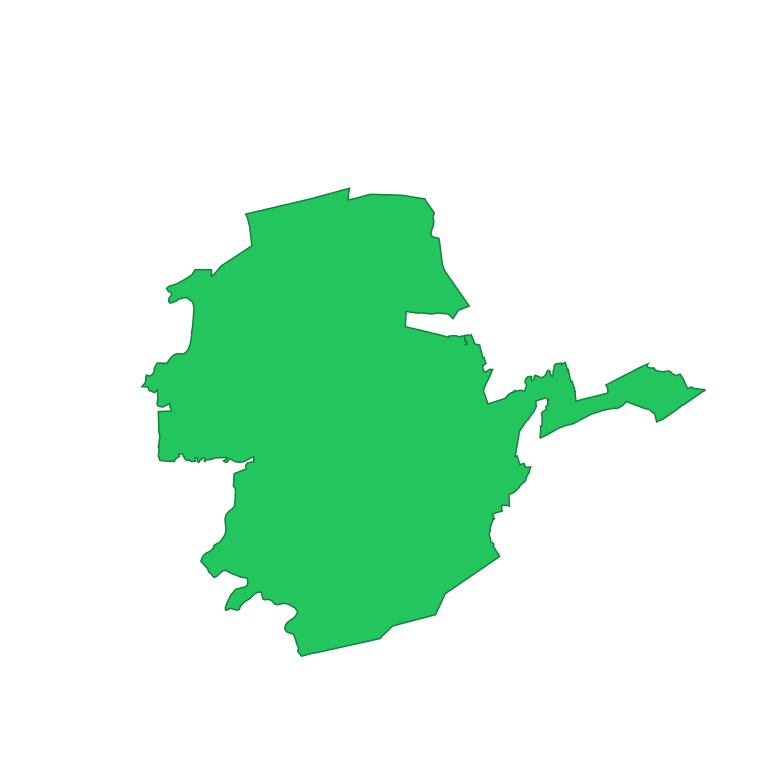 outline of Jojutla, Morelos, Mexico, rotated 55°
{"feature_id": "50627088B48455449727603", "entity_name": "Jojutla", "entity_type": "district", "adm_level": 2, "iso_a3": "MEX", "parent_name": "Mexico", "parent_adm1": "Morelos", "projection": "robinson", "projection_center": [-99.217, 18.6], "detail": "fine", "context": "isolated", "style": "filled", "palette": "green", "viewbox_px": 768, "rotation_deg": 55, "n_neighbors": 0, "source": "geoboundaries", "source_scale": "gbopen_adm2", "svg_char_len": 6170}
<svg xmlns="http://www.w3.org/2000/svg" viewBox="0 0 768 768"><g transform="rotate(55 384 384)"><path d="M571.5,182.4L572.9,175.1L572.9,162.0L572.6,153.3L572.2,153.0L572.4,151.8L572.9,151.2L573.0,125.7L573.5,125.2L573.1,124.5L572.0,124.9L570.2,127.6L568.7,128.7L566.0,132.3L565.0,133.0L563.4,133.3L562.6,134.5L561.8,138.0L551.1,135.9L545.7,135.8L545.1,137.9L545.1,139.4L541.6,141.7L537.8,142.4L537.0,143.0L536.0,144.1L533.9,148.7L532.0,150.5L530.5,152.4L527.6,154.1L526.3,153.3L525.1,154.5L524.4,155.9L521.9,158.2L519.6,158.1L518.9,156.2L517.2,165.3L512.1,202.8L516.4,203.3L516.5,203.9L519.3,205.3L519.7,206.2L509.9,231.7L508.3,236.7L500.4,232.3L499.9,231.6L499.6,232.1L496.7,230.4L489.6,228.5L489.7,228.8L488.9,229.5L478.2,224.9L478.4,225.9L470.3,223.1L470.1,223.4L469.9,227.5L469.2,227.3L468.7,226.8L466.2,231.2L466.2,232.8L466.9,234.3L468.1,235.0L470.9,238.5L473.5,240.2L474.2,241.4L473.7,241.9L471.9,242.1L468.5,240.7L466.9,241.5L467.2,243.2L468.9,246.0L469.6,247.7L469.7,249.5L468.5,252.1L466.9,252.8L463.4,255.4L466.5,259.3L466.1,261.3L465.4,261.1L462.7,258.8L461.4,260.1L460.6,262.3L460.6,263.4L461.8,266.0L463.7,267.6L466.6,267.7L470.3,272.8L469.8,273.9L467.8,275.2L466.9,276.8L465.8,280.0L465.5,279.7L464.5,280.2L464.4,282.8L464.9,282.7L464.1,285.1L464.0,288.5L465.0,291.6L465.2,293.2L460.1,310.2L447.4,306.7L446.0,306.0L443.7,302.6L436.9,290.4L436.5,290.1L434.4,286.7L432.8,288.7L432.5,293.2L431.8,294.6L431.2,294.8L427.4,294.0L425.7,292.6L426.1,292.3L425.6,291.7L425.7,288.7L420.0,286.8L419.6,288.1L407.0,283.3L403.1,286.8L402.6,286.4L394.6,284.5L394.8,284.7L392.4,286.4L390.5,290.2L395.8,292.5L396.8,291.7L399.0,292.9L398.2,295.7L398.9,293.4L396.9,292.2L395.9,293.1L390.5,290.7L388.1,295.7L386.0,297.1L384.2,299.4L382.0,303.5L382.7,304.4L377.0,309.1L349.2,333.7L337.4,324.2L345.9,315.1L346.8,312.9L353.7,305.3L356.8,299.1L363.4,291.3L370.0,290.0L366.3,280.7L369.1,269.5L325.5,269.3L319.6,267.6L300.5,257.5L296.1,255.5L292.5,258.9L289.6,260.2L287.3,258.9L284.6,255.7L282.9,253.1L278.9,249.5L277.3,249.3L274.8,247.5L272.8,244.7L257.5,244.7L256.2,244.1L239.7,261.0L220.8,286.3L214.6,303.3L213.1,306.8L212.5,307.7L208.0,304.1L203.9,299.9L190.2,338.0L165.5,399.8L169.7,400.6L178.5,404.0L195.0,413.0L193.9,449.5L197.4,463.1L196.0,462.7L195.3,463.1L195.2,462.2L191.4,459.8L182.0,473.0L184.2,478.2L184.4,483.3L183.1,496.3L180.7,503.5L180.9,507.2L184.4,507.6L186.4,506.3L188.6,506.3L189.0,506.7L190.4,510.9L192.6,512.9L194.8,513.0L195.8,511.2L196.8,506.9L196.9,504.1L197.4,501.6L198.4,498.8L200.0,496.1L207.3,493.7L212.7,496.0L227.1,507.8L231.5,512.2L233.3,513.2L239.3,519.0L242.9,523.7L243.5,525.0L244.5,528.5L244.0,532.4L242.7,532.8L240.7,535.8L239.7,539.3L240.0,542.8L242.5,550.5L240.3,552.6L240.2,553.8L239.3,554.2L237.0,557.3L236.8,558.2L239.3,563.1L241.2,564.5L242.1,565.5L243.1,567.7L243.5,567.9L243.0,571.5L242.5,571.8L242.3,572.5L240.5,573.2L241.1,574.6L245.2,578.0L246.1,579.1L247.3,583.9L251.2,578.9L254.3,580.3L259.6,576.8L258.8,573.0L265.5,577.1L270.3,581.4L271.6,581.7L273.5,581.0L276.1,578.2L277.0,570.1L277.2,570.9L280.1,572.4L283.8,573.1L284.1,573.6L277.2,584.7L293.6,595.6L298.4,597.7L306.7,605.4L307.3,604.9L308.8,605.8L313.4,610.1L318.1,611.4L324.7,603.8L326.1,601.2L327.2,600.5L325.6,596.7L325.9,595.9L325.8,592.7L323.6,592.3L324.9,590.1L326.5,589.0L328.4,589.9L329.3,589.5L330.1,590.1L332.1,589.7L332.5,589.9L334.4,588.5L334.4,587.1L337.2,586.3L339.0,582.9L335.9,581.3L337.6,579.2L337.7,579.5L338.3,579.3L338.6,580.3L340.0,581.1L341.8,581.0L341.8,579.9L341.2,579.6L341.1,576.5L340.9,575.9L340.3,575.8L341.4,573.7L342.1,573.3L343.4,574.6L343.6,575.3L344.8,575.1L344.2,574.5L344.4,572.9L346.7,568.6L347.6,564.9L353.4,555.8L354.7,554.7L355.0,555.2L354.9,559.7L356.2,559.2L358.1,557.7L356.6,553.1L361.8,550.8L365.1,547.4L367.1,543.9L368.5,533.6L368.9,532.4L373.3,535.5L371.7,537.6L370.5,540.8L370.9,543.1L371.8,544.5L374.5,545.5L371.5,558.2L381.1,565.8L384.7,565.9L392.2,571.4L398.5,576.6L399.1,579.8L399.6,585.3L400.5,588.3L403.5,591.8L413.3,597.4L416.2,600.7L418.2,605.6L419.4,609.5L418.6,615.4L420.7,618.2L421.2,622.3L420.4,627.5L421.4,631.6L424.2,635.8L434.4,634.4L436.7,635.3L438.5,635.2L439.7,634.5L443.4,634.6L445.2,633.8L445.6,631.3L444.9,627.0L444.6,623.0L445.9,620.6L453.6,616.5L455.4,615.0L459.8,612.3L464.4,607.6L466.5,608.1L468.9,609.9L470.5,611.6L470.5,614.0L467.1,623.3L468.3,627.5L468.4,628.7L470.0,632.7L470.6,633.3L473.5,638.6L476.3,642.4L478.5,643.5L479.4,641.0L479.6,638.5L484.9,634.2L485.7,631.9L483.7,629.1L482.7,624.9L482.6,621.2L482.9,616.3L482.3,614.0L481.7,610.0L482.2,606.9L483.4,604.8L484.3,604.1L485.8,604.4L489.5,606.1L491.0,606.3L492.5,605.2L493.6,603.0L495.6,601.0L498.0,600.0L499.4,600.1L501.8,599.5L503.7,598.0L505.9,592.4L509.1,588.8L516.4,585.4L520.6,585.3L522.4,587.1L523.8,591.5L523.8,598.8L524.5,602.0L526.3,604.5L528.3,605.9L531.3,605.8L533.4,604.5L536.7,601.9L538.3,601.9L543.4,603.3L546.6,604.5L550.9,605.3L552.8,606.9L553.2,608.0L560.0,607.6L559.8,607.6L563.7,596.1L564.4,595.5L565.1,594.0L590.4,532.8L589.6,531.0L587.2,515.6L602.5,474.1L590.9,454.0L591.6,388.5L589.1,387.7L586.1,387.9L579.7,387.6L578.8,386.3L577.3,385.8L575.8,386.6L573.8,386.8L571.3,385.3L568.5,384.7L566.2,382.9L565.5,381.3L563.8,380.5L561.4,377.9L560.9,376.7L560.5,376.8L558.3,373.3L557.3,372.4L557.8,371.7L557.7,370.9L552.8,369.6L553.8,365.9L555.9,360.0L553.8,359.3L550.9,357.0L554.0,352.8L556.0,351.3L546.4,345.3L546.2,344.8L547.3,339.9L547.1,337.3L546.2,332.4L545.4,330.8L544.8,327.8L544.9,326.1L544.5,323.8L542.3,321.1L539.3,315.4L538.1,314.4L536.2,311.3L534.8,313.8L533.2,315.9L529.5,314.8L528.0,318.9L519.2,316.1L518.7,318.3L502.1,301.7L500.8,300.9L496.5,289.9L495.7,286.9L495.9,286.4L493.4,280.0L492.7,277.2L489.7,272.1L485.1,269.5L486.6,263.8L487.1,263.5L487.7,260.4L491.3,257.7L492.0,259.1L491.6,259.4L494.8,261.8L495.3,264.0L495.8,264.7L497.8,265.3L497.9,270.1L498.3,271.8L502.2,273.6L503.2,274.6L507.6,277.5L509.0,278.8L508.2,279.9L511.6,282.1L517.1,286.8L517.9,287.0L519.2,279.1L520.3,267.0L522.0,259.9L525.1,251.8L527.4,232.2L531.4,219.4L532.8,215.8L535.1,210.8L538.1,206.0L538.5,201.2L537.5,195.5L554.0,184.2L557.0,181.3L561.6,180.3L563.2,179.2L571.5,182.4Z" fill="#22c55e" stroke="#15803d" stroke-width="1.5"/></g></svg>